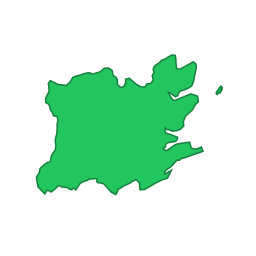 an SVG outline of North Jeolla, rotated 167°
{"feature_id": "KOR-2499", "entity_name": "North Jeolla", "entity_type": "Province", "adm_level": 1, "iso_a3": "KOR", "parent_name": "South Korea", "parent_adm1": "", "projection": "orthographic", "projection_center": [126.968, 35.705], "detail": "fine", "context": "isolated", "style": "filled", "palette": "green", "viewbox_px": 256, "rotation_deg": 167, "n_neighbors": 0, "source": "natural_earth", "source_scale": "10m", "svg_char_len": 2854}
<svg xmlns="http://www.w3.org/2000/svg" viewBox="0 0 256 256"><g transform="rotate(167 128 128)"><path d="M49.5,177.8L47.9,175.9L47.3,174.3L48.2,170.8L50.3,166.4L53.6,158.7L56.4,154.7L60.4,153.3L64.9,152.4L68.8,152.2L70.6,150.8L72.3,148.3L74.7,147.7L76.9,150.2L79.1,152.9L80.7,153.5L79.1,147.9L78.0,145.4L76.2,144.3L59.0,147.1L53.0,143.3L53.4,139.3L53.5,137.7L56.3,136.3L58.8,133.8L61.1,131.2L64.8,129.1L69.2,126.7L72.6,121.9L73.2,117.5L75.0,116.4L76.4,115.5L77.1,114.9L81.5,114.5L85.7,115.0L88.4,117.1L90.3,117.6L91.6,119.8L92.1,118.6L92.5,116.9L92.7,115.2L91.1,113.9L90.0,113.1L87.7,111.9L85.1,110.1L82.9,108.5L81.8,107.9L82.1,106.6L83.2,105.3L84.2,104.4L85.3,104.2L92.0,104.6L93.5,104.5L94.6,103.9L95.3,102.6L95.6,101.5L96.2,100.8L97.8,100.5L98.4,100.0L97.7,98.9L96.5,97.8L95.0,97.2L94.6,97.5L85.8,101.1L82.8,101.3L76.9,100.9L71.2,100.4L71.1,97.8L70.8,94.3L69.6,93.3L66.0,92.0L60.7,92.9L60.2,88.4L71.2,87.2L77.1,86.5L83.1,86.2L85.1,85.0L87.2,85.6L89.7,84.3L94.2,80.9L99.8,78.7L102.2,77.0L102.4,74.8L95.3,77.0L100.8,70.3L106.5,69.7L113.3,68.2L125.8,64.3L130.2,65.2L129.2,71.8L131.7,75.8L135.3,75.1L138.7,73.8L145.3,72.5L147.1,71.8L148.8,71.1L151.3,70.5L152.9,68.0L154.9,65.9L158.8,69.3L164.2,79.1L168.2,81.1L169.8,81.5L170.5,83.0L169.7,84.7L170.2,85.9L177.2,86.8L179.8,86.1L183.3,85.9L186.9,84.9L189.8,82.3L192.7,79.4L193.7,80.7L194.9,81.7L195.8,81.5L196.6,80.4L198.7,81.6L200.5,83.7L205.9,85.5L207.0,86.9L209.0,87.4L212.8,85.0L217.3,82.9L219.0,84.6L220.8,85.5L222.3,84.1L223.9,82.5L228.9,90.9L228.4,100.4L224.0,105.2L222.9,108.3L216.9,111.6L214.0,112.5L212.3,112.3L211.1,113.1L208.9,118.1L206.3,120.8L203.5,123.3L202.2,127.2L201.9,131.8L200.4,135.2L198.6,138.7L197.2,143.2L196.2,147.8L194.5,151.3L194.4,155.1L197.5,156.4L198.0,158.0L198.2,159.9L199.6,163.4L199.4,167.2L200.7,170.0L202.4,171.2L201.7,175.3L196.7,181.4L195.9,185.4L195.7,189.1L193.2,191.7L186.2,186.1L178.4,183.4L174.0,185.9L170.5,189.7L166.7,190.2L162.7,190.3L158.2,190.9L153.8,190.8L151.7,189.6L149.8,188.2L147.7,188.8L145.2,188.7L141.5,189.4L138.0,191.5L133.5,190.8L130.5,187.7L130.7,182.7L128.2,179.9L127.5,177.2L128.5,172.9L126.1,169.1L122.5,169.3L121.6,170.9L120.4,172.0L119.7,174.0L119.4,176.1L115.6,176.2L109.9,168.4L106.2,165.4L104.1,164.5L101.9,164.3L99.8,166.7L95.7,166.3L92.7,169.0L92.6,171.1L92.8,173.1L91.6,174.8L90.1,175.9L90.2,177.5L90.4,179.0L89.4,181.1L87.8,182.5L85.8,183.5L83.7,184.1L81.9,185.1L80.3,186.4L76.2,186.9L72.4,188.3L68.7,189.2L65.7,188.2L65.9,184.2L66.7,180.1L67.4,174.7L63.9,173.7L52.1,177.0L49.6,177.8L49.5,177.8ZM28.0,147.8L27.5,147.2L27.1,146.3L27.3,145.3L28.6,144.7L28.5,144.4L27.9,144.0L28.1,143.7L28.8,143.3L29.3,142.7L30.0,142.5L30.4,142.3L30.2,141.5L30.8,141.6L32.1,141.8L33.1,141.1L33.5,140.6L34.0,141.0L34.3,141.9L33.8,143.0L31.6,144.9L30.1,146.6L29.1,147.3L28.7,147.7L28.0,147.8Z" fill="#22c55e" stroke="#15803d" stroke-width="1.5"/></g></svg>